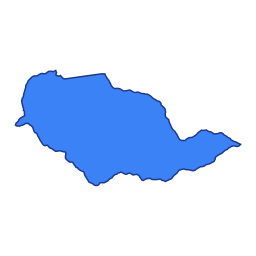 the district of Ibirapuã, Bahia, Brazil
{"feature_id": "56859067B44438626938012", "entity_name": "Ibirapuã", "entity_type": "district", "adm_level": 2, "iso_a3": "BRA", "parent_name": "Brazil", "parent_adm1": "Bahia", "projection": "robinson", "projection_center": [-39.99, -17.74], "detail": "fine", "context": "isolated", "style": "filled", "palette": "blue", "viewbox_px": 256, "rotation_deg": 0, "n_neighbors": 0, "source": "geoboundaries", "source_scale": "gbopen_adm2", "svg_char_len": 3599}
<svg xmlns="http://www.w3.org/2000/svg" viewBox="0 0 256 256"><path d="M65.9,78.8L64.0,78.8L62.7,78.1L61.7,76.9L60.5,75.5L59.2,76.1L57.4,75.9L55.8,74.8L56.5,72.7L55.7,70.5L53.4,71.6L51.9,71.4L50.4,71.3L48.6,71.4L47.3,72.4L45.5,73.6L44.0,73.8L42.2,73.4L40.5,73.8L39.2,74.5L38.0,75.4L36.7,76.0L34.3,75.9L32.5,76.6L31.2,77.7L29.9,79.0L28.2,80.8L27.3,83.0L25.8,85.5L25.6,87.7L25.2,89.1L24.8,90.5L24.2,92.4L23.6,94.8L23.4,96.5L22.7,97.6L22.0,99.3L21.7,100.9L22.0,103.0L22.6,105.5L23.1,107.4L23.6,109.0L23.4,110.4L24.4,111.2L24.4,113.3L24.6,115.8L23.1,116.5L21.6,117.4L20.3,118.2L18.9,119.7L18.1,121.5L16.9,122.4L16.0,123.4L15.4,125.0L16.4,125.9L19.1,126.1L22.4,125.2L23.8,124.6L25.3,123.6L26.6,123.3L28.4,123.6L30.0,125.1L31.5,125.8L32.8,127.6L33.5,129.7L34.0,131.1L34.7,132.4L36.9,133.6L37.7,135.9L38.9,137.6L39.6,139.3L40.7,141.1L42.1,143.2L43.5,145.1L45.0,145.7L46.3,145.2L47.7,145.4L49.3,147.5L50.5,148.3L51.8,148.6L53.0,149.6L54.2,150.4L55.6,151.3L58.0,151.1L59.5,150.7L61.1,151.1L63.2,151.7L65.6,152.1L65.9,153.9L65.4,156.4L65.5,158.2L66.5,159.6L67.9,160.8L69.7,162.1L71.3,162.0L72.7,162.3L73.6,163.8L75.0,165.7L76.0,167.3L77.6,167.9L78.6,169.2L80.3,170.4L82.1,171.2L84.0,172.0L84.5,174.4L85.3,176.2L86.7,178.3L87.7,180.0L89.2,182.3L90.9,182.9L92.6,183.7L93.9,184.7L95.0,185.4L96.5,185.5L97.7,185.3L98.8,184.6L99.9,182.9L101.4,182.6L102.8,182.8L104.3,182.7L105.4,182.1L106.9,181.5L108.0,180.6L109.9,178.8L111.9,177.8L113.5,175.8L115.0,174.6L116.9,174.1L118.4,172.9L119.6,172.7L121.0,172.0L122.3,172.7L123.5,173.3L124.8,174.0L126.6,174.3L128.1,173.4L129.6,173.2L131.3,173.8L133.1,175.0L134.6,174.6L137.1,174.4L139.0,175.6L139.7,176.9L140.8,178.4L141.9,180.1L143.4,180.5L145.1,179.3L146.8,178.7L148.7,178.5L150.1,178.3L152.0,179.5L154.0,179.5L155.7,179.7L157.5,179.4L159.2,179.1L160.7,179.2L161.9,180.3L163.9,180.6L165.3,181.5L166.6,180.9L168.0,180.3L169.8,179.4L171.5,178.6L172.6,177.1L173.8,175.7L175.0,174.6L176.1,173.8L177.1,173.0L177.9,171.6L179.5,170.1L181.1,169.6L182.6,169.2L183.9,168.9L185.3,169.5L186.7,169.7L188.5,169.7L190.6,170.2L192.4,170.7L193.9,170.6L195.1,170.3L196.1,169.2L198.5,167.8L200.6,166.7L202.7,166.6L204.6,165.9L205.9,164.7L207.8,164.3L210.1,163.6L212.1,162.4L213.9,161.6L215.2,159.2L215.2,157.8L216.1,156.6L218.9,154.7L221.0,153.7L222.3,153.0L223.2,152.0L225.1,150.4L227.3,149.3L229.3,147.6L231.2,146.6L232.4,146.1L234.4,145.8L235.8,146.3L237.5,146.5L238.9,146.0L240.6,144.3L238.4,143.3L236.2,142.1L234.9,141.7L233.3,141.1L231.3,140.0L230.1,138.5L227.7,137.3L225.8,135.8L223.9,134.8L223.0,133.6L221.6,132.8L219.8,132.8L218.2,133.5L216.1,133.8L213.8,133.9L212.3,132.8L210.9,131.8L208.6,131.5L206.4,130.0L204.5,130.3L202.7,130.4L201.3,130.2L200.2,131.2L199.0,131.9L198.0,132.7L197.0,134.0L195.7,135.2L194.1,136.2L192.4,137.3L190.8,137.5L189.1,137.6L186.8,138.9L185.1,140.5L183.1,140.5L181.6,140.4L180.1,140.0L179.0,138.6L178.0,136.8L177.1,134.7L175.8,132.9L174.6,131.1L173.2,129.9L172.2,128.6L171.3,126.8L170.4,124.7L169.7,123.4L169.1,121.7L168.7,119.7L167.2,118.3L166.0,117.5L165.3,116.0L165.3,113.8L165.6,111.9L165.1,109.1L163.7,107.3L162.3,106.0L161.3,105.1L160.7,102.7L159.0,101.2L157.3,101.0L155.3,99.5L153.7,98.8L152.1,97.4L150.8,96.2L149.4,95.2L147.2,94.1L145.5,94.2L144.3,93.7L142.7,93.6L140.6,93.2L138.5,92.2L137.1,92.1L135.8,92.5L134.4,92.4L133.1,92.0L131.5,90.9L130.1,90.1L128.5,90.2L127.0,90.6L125.3,90.8L123.8,91.1L122.2,90.2L120.0,88.9L118.4,88.4L116.6,88.4L114.6,88.6L113.1,87.7L112.1,86.8L111.0,85.2L110.4,83.3L109.5,82.0L108.8,80.3L107.5,78.8L106.5,77.3L105.7,75.9L104.9,73.9L101.6,73.8L65.9,78.8Z" fill="#3b82f6" stroke="#1e3a8a" stroke-width="1.5"/></svg>